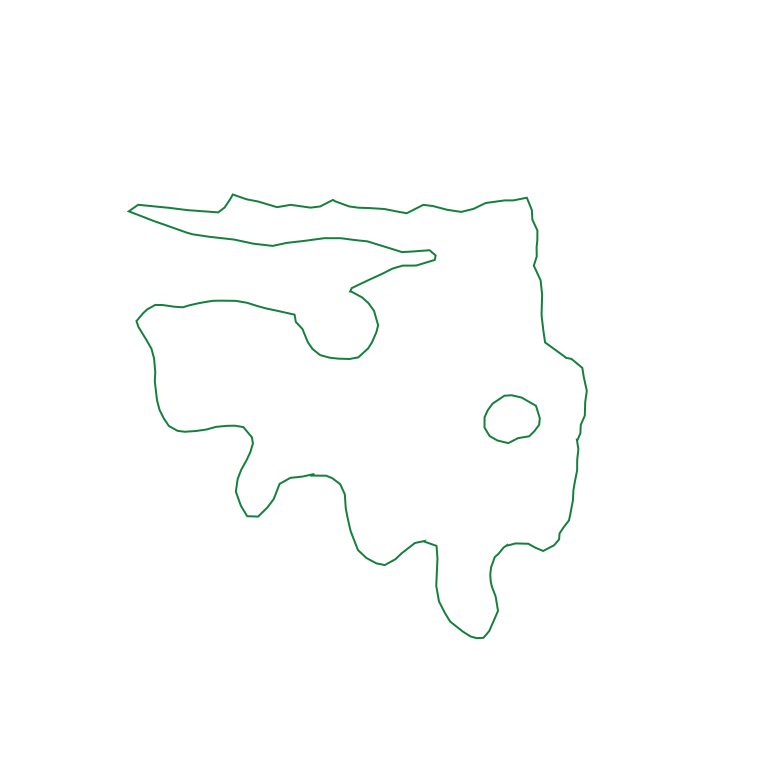 Yevlakh District, Yevlakh Rayon, Azerbaijan (orthographic projection), rotated 333°
{"feature_id": "54616110B52362464060400", "entity_name": "Yevlakh District", "entity_type": "district", "adm_level": 2, "iso_a3": "AZE", "parent_name": "Azerbaijan", "parent_adm1": "Yevlakh Rayon", "projection": "orthographic", "projection_center": [47.034, 40.701], "detail": "fine", "context": "isolated", "style": "outline", "palette": "green", "viewbox_px": 768, "rotation_deg": 333, "n_neighbors": 0, "source": "geoboundaries", "source_scale": "gbopen_adm2", "svg_char_len": 3191}
<svg xmlns="http://www.w3.org/2000/svg" viewBox="0 0 768 768"><g transform="rotate(333 384 384)"><path d="M335.3,146.5L330.7,149.6L322.1,154.4L314.2,155.8L299.8,147.1L287.9,139.9L273.0,129.8L246.3,112.7L235.0,114.3L236.1,115.5L252.9,134.3L266.3,148.3L276.8,159.4L281.4,163.7L295.3,173.6L316.1,187.3L331.2,199.6L347.5,210.4L361.4,214.1L377.4,220.1L397.1,227.0L411.7,234.5L423.7,242.7L434.0,249.4L451.1,266.0L460.0,274.7L470.3,279.2L485.3,285.5L488.4,292.9L485.6,296.5L466.3,293.0L454.4,287.0L443.7,285.0L432.9,285.0L418.7,284.4L407.8,284.1L398.8,283.9L395.8,286.2L397.2,287.3L398.2,288.8L403.9,297.1L406.9,305.0L408.3,314.4L405.4,329.1L400.6,334.5L392.2,341.4L386.0,345.1L379.4,346.9L373.2,348.6L364.5,346.0L354.7,340.6L347.4,335.8L340.2,329.2L336.2,320.4L335.1,312.1L336.3,297.9L333.6,288.7L335.8,281.6L330.2,277.0L321.4,269.7L313.2,263.1L306.1,256.6L298.9,249.5L289.8,242.7L276.5,235.7L269.3,232.2L260.7,229.4L253.8,227.4L245.7,225.4L239.8,224.4L232.8,220.3L222.7,213.2L216.1,209.7L207.0,210.0L201.4,211.6L192.4,215.4L192.0,215.5L191.8,217.1L191.1,221.7L192.3,236.7L192.8,247.0L190.8,256.6L185.7,269.4L180.9,277.8L178.5,284.3L174.4,295.4L172.2,305.5L172.2,314.1L172.2,314.9L172.2,315.1L173.3,323.8L178.8,332.0L184.8,336.1L195.1,340.5L205.0,343.9L214.8,345.9L225.1,350.0L232.1,353.4L239.1,358.5L242.1,371.5L240.2,377.5L234.0,384.0L227.2,389.3L217.6,395.8L210.4,402.3L203.1,412.7L201.2,427.6L202.1,439.7L211.7,445.0L224.2,441.0L233.6,436.4L245.6,425.6L257.9,425.1L269.4,429.5L281.0,432.5L278.6,433.1L290.8,439.4L295.2,444.5L299.5,453.4L299.0,464.5L293.4,477.6L290.5,487.9L287.4,500.3L287.2,502.7L285.4,520.1L289.3,531.0L295.8,540.4L302.5,545.7L314.6,545.3L322.7,542.9L339.4,539.7L348.2,542.1L347.9,542.2L357.3,552.1L352.4,563.8L345.3,576.3L338.9,587.6L335.9,597.4L334.3,602.7L334.3,615.6L335.1,625.8L341.9,640.5L346.4,648.1L350.9,652.3L353.3,653.4L357.3,655.3L365.6,651.9L376.2,643.2L382.6,637.9L387.0,624.0L388.2,613.2L389.7,607.7L392.3,601.8L396.2,595.9L399.7,592.7L404.1,588.5L408.8,587.3L416.3,584.0L420.1,583.5L419.9,583.8L428.9,585.8L440.1,591.9L444.5,598.5L450.0,605.0L462.4,604.9L469.5,601.9L472.5,596.9L479.2,593.1L486.9,589.5L490.3,585.3L496.0,578.0L499.5,573.4L504.7,564.4L510.4,556.8L516.9,548.6L521.8,539.1L526.0,532.8L527.6,530.3L529.6,524.2L530.5,521.5L530.8,521.9L536.6,517.1L540.7,509.8L548.6,503.3L555.1,491.4L561.6,482.2L565.1,468.7L568.0,459.7L562.4,446.7L557.6,443.0L558.1,443.1L546.4,420.1L550.5,408.0L555.7,394.0L565.4,376.3L570.6,362.7L571.2,346.6L578.0,339.7L582.0,331.5L585.9,325.5L590.4,316.8L590.8,305.0L594.7,296.1L595.6,285.7L595.8,282.9L593.5,282.2L582.8,279.2L574.6,275.1L556.8,268.9L543.2,268.6L530.9,265.7L519.3,257.4L508.2,247.5L500.3,242.2L481.8,242.2L474.8,236.9L463.7,228.2L450.5,220.4L441.4,215.4L433.6,210.0L423.3,198.9L422.1,196.8L407.7,196.8L398.6,193.5L382.2,182.0L369.0,177.9L354.6,164.2L345.6,157.2L339.7,151.1L335.3,146.5ZM502.5,491.4L496.6,494.3L489.6,496.5L478.9,493.1L472.5,493.1L467.9,493.1L459.4,485.8L454.5,478.4L454.3,475.9L453.8,468.4L458.5,459.3L458.6,459.2L464.5,454.5L471.8,450.8L485.9,449.1L492.7,452.0L500.5,458.6L509.3,472.1L509.5,472.5L507.3,485.2L503.7,490.8L502.5,491.4Z" fill="none" stroke="#15803d" stroke-width="2"/></g></svg>